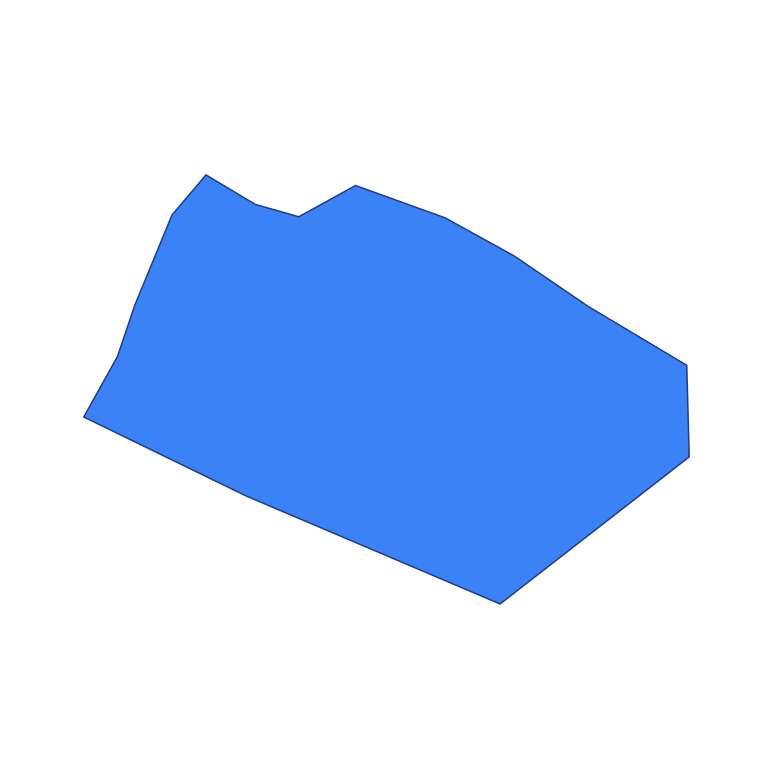 the district of Tushaka, Al Wadi at Jadid, Egypt, rotated 80°
{"feature_id": "37247803B52387591644217", "entity_name": "Tushaka", "entity_type": "district", "adm_level": 2, "iso_a3": "EGY", "parent_name": "Egypt", "parent_adm1": "Al Wadi at Jadid", "projection": "mercator", "projection_center": [31.641, 22.865], "detail": "fine", "context": "isolated", "style": "filled", "palette": "blue", "viewbox_px": 768, "rotation_deg": 80, "n_neighbors": 0, "source": "geoboundaries", "source_scale": "gbopen_adm2", "svg_char_len": 360}
<svg xmlns="http://www.w3.org/2000/svg" viewBox="0 0 768 768"><g transform="rotate(80 384 384)"><path d="M470.5,539.0L620.8,307.9L508.8,96.1L418.2,82.6L343.2,169.3L280.5,233.6L230.9,295.1L183.6,377.6L204.5,438.9L184.8,479.6L147.2,523.0L180.7,563.4L262.9,615.6L310.6,641.7L364.4,685.4L470.5,539.0Z" fill="#3b82f6" stroke="#1e3a8a" stroke-width="1.5"/></g></svg>